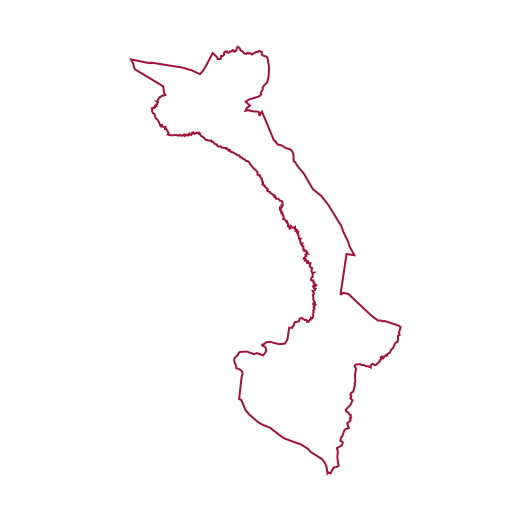 the district of Kilombero, Morogoro, United Republic of Tanzania, rotated 99°
{"feature_id": "72390352B25590445201102", "entity_name": "Kilombero", "entity_type": "district", "adm_level": 2, "iso_a3": "TZA", "parent_name": "United Republic of Tanzania", "parent_adm1": "Morogoro", "projection": "mercator", "projection_center": [36.337, -8.562], "detail": "fine", "context": "isolated", "style": "outline", "palette": "rose", "viewbox_px": 512, "rotation_deg": 99, "n_neighbors": 0, "source": "geoboundaries", "source_scale": "gbopen_adm2", "svg_char_len": 6102}
<svg xmlns="http://www.w3.org/2000/svg" viewBox="0 0 512 512"><g transform="rotate(99 256 256)"><path d="M160.6,229.1L157.4,231.8L156.4,233.7L149.7,234.9L146.9,236.7L145.3,238.7L144.8,243.4L142.7,248.2L142.5,252.0L139.3,255.3L138.8,256.5L112.5,272.7L116.3,274.3L116.0,275.1L113.8,275.1L113.1,276.5L113.6,281.2L113.5,284.5L113.0,285.9L114.2,289.1L111.6,288.4L108.4,285.5L105.3,290.3L102.6,287.5L98.5,279.1L96.7,276.7L95.2,276.1L94.0,276.8L90.6,275.4L88.4,275.8L85.4,274.2L83.6,272.5L81.3,271.9L77.2,271.6L67.5,272.6L58.7,275.6L57.5,276.7L56.7,281.2L55.1,282.1L53.6,282.2L52.8,285.1L54.4,286.2L54.4,287.8L57.6,291.6L56.7,293.0L56.6,294.8L57.1,294.9L56.7,296.3L57.8,297.2L57.9,299.2L56.1,301.0L55.4,303.3L53.1,304.9L52.3,306.9L55.0,307.7L55.9,307.4L57.5,309.0L57.5,310.0L56.5,310.2L56.2,310.9L58.0,312.6L57.9,313.5L59.5,314.7L59.6,316.2L58.4,316.6L58.9,318.4L60.5,319.5L62.0,318.8L63.8,320.4L63.8,321.7L66.7,321.6L67.3,322.7L67.4,324.8L66.1,325.1L62.3,330.5L75.5,334.9L81.0,337.2L85.2,339.8L82.7,348.4L81.4,358.1L81.4,389.8L81.9,389.8L82.2,392.3L81.4,410.2L85.2,407.4L88.9,405.9L90.6,404.6L103.0,374.1L107.0,373.1L110.0,371.9L110.6,370.8L111.3,370.7L112.4,373.8L114.4,376.1L114.9,375.9L115.6,376.7L118.1,377.6L118.9,377.1L119.0,378.0L119.4,377.3L121.5,377.5L121.9,378.2L123.4,377.7L123.4,379.0L124.4,378.9L124.2,379.5L125.7,379.8L126.4,382.0L127.6,381.3L129.1,381.4L131.0,380.1L131.8,378.4L135.5,376.7L137.2,374.1L142.2,370.8L141.2,369.5L141.6,369.2L143.0,369.5L142.7,365.7L144.7,365.8L144.3,364.7L148.1,361.6L149.7,362.2L149.6,361.1L150.2,360.6L149.7,356.2L148.9,354.1L149.3,351.8L148.3,350.6L149.0,349.7L148.4,348.9L148.8,347.6L147.7,346.5L148.3,345.5L147.4,345.5L147.8,344.6L147.2,344.6L147.0,343.1L147.4,342.7L146.3,341.7L146.9,341.4L145.9,340.9L146.6,340.6L146.0,339.9L146.5,338.8L144.8,337.9L144.3,338.3L143.6,337.5L145.0,335.8L143.9,334.5L143.9,333.6L143.3,333.4L143.1,331.3L144.3,331.3L144.2,330.5L145.6,329.6L147.5,325.6L148.9,324.4L149.5,319.9L148.9,318.4L150.1,317.4L149.9,316.7L151.9,313.7L151.9,312.2L153.2,311.5L153.8,309.5L153.2,308.4L154.3,306.3L154.0,302.1L154.9,302.0L155.1,299.9L155.6,300.1L156.3,299.6L155.5,298.4L157.1,297.2L157.2,294.8L159.4,290.0L159.3,288.1L160.9,287.0L161.0,285.2L161.7,284.7L162.5,282.2L163.7,280.7L163.6,279.0L164.9,277.0L166.4,276.0L169.7,272.2L172.2,268.5L173.6,267.4L175.4,267.3L175.8,264.6L176.6,264.8L179.0,262.2L179.6,262.5L181.9,260.7L182.3,261.2L183.2,260.4L184.2,260.9L185.1,259.7L184.9,259.1L185.4,258.2L186.3,257.8L188.0,254.9L189.5,255.3L190.1,254.8L190.7,251.9L191.7,251.4L193.5,247.3L194.4,247.4L194.9,246.8L194.5,246.1L196.3,245.0L196.0,243.7L196.6,242.0L197.5,241.4L197.6,239.4L199.0,238.1L201.2,238.0L201.6,237.4L202.3,237.8L202.3,238.6L203.0,238.2L203.6,238.8L204.3,238.3L205.4,238.9L204.9,239.8L206.9,239.4L207.5,238.3L208.9,237.9L208.4,237.5L209.0,236.8L210.5,236.7L211.2,235.5L212.1,235.5L213.5,234.6L215.4,234.9L215.4,233.5L216.2,232.1L216.7,232.0L216.9,230.8L217.6,230.7L217.4,231.3L218.2,231.0L218.1,230.3L219.4,229.1L221.3,229.2L221.1,228.8L222.0,227.8L223.1,227.3L221.6,226.8L222.5,226.4L221.5,225.9L222.4,225.3L221.9,223.0L222.3,222.5L221.5,222.0L223.3,221.6L223.6,220.0L224.8,220.6L224.5,219.5L226.2,219.3L225.6,218.0L228.1,218.1L228.5,217.4L231.7,216.4L232.0,214.7L233.0,215.5L235.3,214.0L236.2,214.1L236.8,213.2L236.5,212.3L237.8,212.9L238.7,212.2L239.0,210.7L241.6,210.5L242.0,209.7L243.2,209.7L243.1,207.8L242.2,207.3L244.0,207.4L244.1,206.6L245.3,205.4L245.2,206.3L246.3,206.4L247.1,207.4L248.2,206.3L250.2,208.2L251.3,208.4L251.3,206.6L252.8,206.8L252.4,205.9L253.0,205.1L253.1,203.5L253.8,203.4L254.3,204.6L255.0,204.3L254.6,201.1L256.7,201.6L258.7,200.5L259.0,198.8L262.4,198.9L263.6,197.7L263.4,196.4L264.3,197.5L267.7,196.7L268.6,197.8L271.0,198.0L271.4,197.2L271.2,195.7L272.5,195.5L273.1,194.2L274.2,194.5L275.3,191.8L276.5,192.7L276.4,194.6L277.0,194.9L278.5,193.9L279.0,191.9L280.9,192.8L281.6,194.6L284.3,192.7L285.7,193.8L288.1,192.7L289.7,192.8L293.0,190.3L293.6,190.7L293.8,191.9L294.5,192.2L295.2,191.4L295.2,189.8L297.4,191.2L298.9,189.9L300.9,191.1L302.3,190.2L303.6,190.6L306.2,190.0L308.6,190.5L309.2,191.5L308.7,192.1L310.2,192.0L310.2,192.7L312.7,193.9L312.4,194.5L312.9,195.1L311.9,195.4L311.9,196.1L311.2,196.6L311.6,197.9L310.0,201.5L311.2,203.1L313.8,203.4L315.5,207.5L318.8,207.8L319.4,208.6L321.3,209.1L321.6,212.0L333.6,211.9L338.0,213.8L339.5,219.3L338.6,228.9L339.6,232.4L341.7,234.2L342.4,235.8L343.5,235.9L344.1,233.1L346.1,231.6L348.2,231.2L349.7,231.6L353.0,233.4L351.8,240.0L353.3,242.5L351.8,250.1L353.3,256.8L354.3,257.9L356.1,258.2L360.2,261.1L361.9,261.3L365.0,260.4L366.8,258.9L369.9,257.8L370.5,254.6L372.3,251.4L374.8,250.9L377.4,251.3L399.9,250.3L400.5,248.0L410.2,241.9L413.7,237.7L419.6,228.3L421.4,224.0L423.4,215.3L430.2,202.9L432.0,198.4L435.1,182.1L438.4,174.4L441.0,171.4L446.3,159.0L449.9,155.3L453.4,153.3L459.7,151.3L458.5,150.4L459.0,148.4L453.0,146.3L451.0,142.1L449.5,141.6L448.4,142.4L442.2,144.1L436.4,144.6L433.1,146.0L429.4,141.5L426.7,141.1L425.9,141.6L425.5,143.7L422.2,143.7L420.5,142.6L415.0,141.6L412.8,140.3L411.4,137.3L407.6,139.6L406.7,139.6L403.8,136.9L402.3,137.5L401.5,137.0L401.5,137.7L399.2,137.2L398.0,137.7L398.0,139.0L396.2,140.3L395.4,142.7L393.8,143.3L388.1,139.3L383.4,138.1L381.8,140.5L379.4,139.9L378.2,141.1L376.7,140.8L374.7,138.7L367.6,138.1L366.6,138.7L364.6,138.2L358.4,139.6L351.8,139.6L349.2,141.4L348.4,141.2L347.5,139.8L346.5,136.3L347.3,134.5L346.8,132.6L347.7,129.8L347.3,128.5L348.2,125.2L346.2,125.8L344.3,124.1L345.2,121.1L344.0,119.9L340.6,117.2L340.1,117.5L338.1,116.4L336.4,116.9L335.9,116.2L337.4,115.2L337.2,114.4L335.4,114.3L335.6,113.6L333.7,112.4L334.1,111.6L333.6,110.9L332.0,110.8L330.9,108.9L326.9,107.6L325.7,106.3L320.6,105.0L319.1,103.8L318.6,102.7L315.1,102.7L312.8,103.4L311.4,101.8L309.5,102.8L303.7,102.0L302.5,103.9L300.1,118.7L300.7,121.1L300.1,122.3L300.7,125.3L297.1,132.3L278.9,159.0L278.9,164.1L280.6,166.0L280.5,166.5L239.9,166.9L239.8,159.1L231.7,165.2L227.6,167.2L218.6,173.4L213.1,176.4L194.7,192.1L186.6,200.7L181.1,210.3L167.2,221.6L160.6,229.1Z" fill="none" stroke="#9f1239" stroke-width="2"/></g></svg>